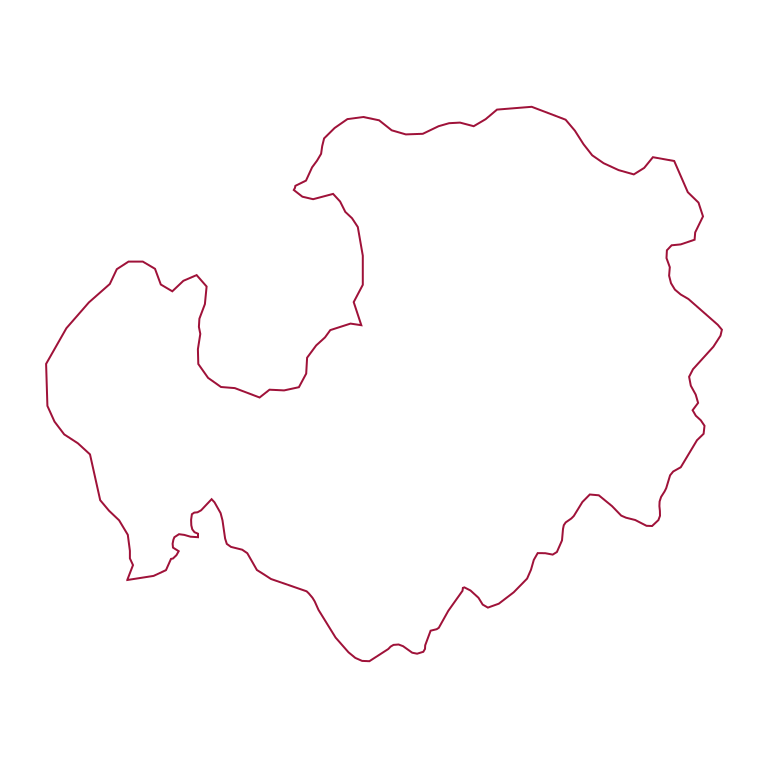 outline of Attapu
{"feature_id": "LAO-3294", "entity_name": "Attapu", "entity_type": "Province", "adm_level": 1, "iso_a3": "LAO", "parent_name": "Laos", "parent_adm1": "", "projection": "natural_earth1", "projection_center": [106.906, 14.792], "detail": "fine", "context": "isolated", "style": "outline", "palette": "rose", "viewbox_px": 768, "rotation_deg": 0, "n_neighbors": 0, "source": "natural_earth", "source_scale": "10m", "svg_char_len": 2795}
<svg xmlns="http://www.w3.org/2000/svg" viewBox="0 0 768 768"><path d="M694.6,239.7L680.7,244.4L671.6,245.3L666.9,250.3L666.5,258.1L669.8,267.2L669.1,275.7L671.0,283.2L674.9,289.6L680.7,294.5L688.4,299.0L717.8,324.8L721.9,329.7L720.5,335.7L713.4,346.7L693.0,369.2L689.1,376.8L690.8,385.7L695.7,394.6L698.1,402.9L692.6,410.2L695.8,415.7L700.8,420.3L704.5,425.8L703.6,433.8L697.0,440.2L680.8,467.2L673.2,471.5L670.1,475.3L666.2,488.2L664.6,491.4L661.1,496.9L659.6,501.5L659.4,506.1L659.9,510.9L660.0,515.8L658.4,520.1L652.1,526.0L646.5,525.8L635.2,520.0L626.0,517.7L621.2,515.6L612.0,506.1L598.8,495.3L589.8,494.5L582.4,502.0L573.8,516.0L571.3,518.5L565.7,522.4L563.8,525.2L563.0,529.0L562.0,540.4L556.9,552.0L552.7,554.6L545.2,553.2L537.7,553.1L533.8,559.9L531.0,569.7L527.1,578.6L513.7,592.3L498.8,603.7L487.9,607.6L482.7,604.6L478.5,597.8L470.5,590.5L464.4,587.4L462.9,587.9L462.5,590.8L448.3,610.8L438.8,627.8L436.7,629.2L430.6,630.7L425.2,645.3L425.0,648.9L423.3,651.8L417.1,653.7L412.2,652.7L403.1,646.2L398.6,644.5L393.5,644.9L390.6,646.6L388.3,649.0L369.4,661.2L362.1,660.9L355.3,657.9L348.5,652.3L335.6,637.6L318.5,609.9L314.7,601.4L312.5,597.8L308.7,593.3L306.6,591.3L271.0,579.0L265.0,575.1L256.9,570.0L247.3,553.2L242.2,549.7L231.0,546.9L226.8,543.9L225.1,538.5L222.5,520.4L220.6,513.1L214.5,502.3L211.6,499.2L201.1,510.3L197.5,512.3L194.3,512.6L191.9,514.2L191.1,519.8L191.3,525.3L192.3,529.4L194.5,532.2L198.0,533.7L198.0,537.2L190.5,536.7L184.3,534.9L179.0,534.2L174.4,537.2L173.4,539.7L172.6,543.8L173.0,547.6L178.7,551.2L176.5,555.1L173.0,558.5L171.0,558.9L166.0,570.1L153.6,575.9L127.3,580.0L127.3,579.9L133.0,565.1L129.9,558.4L129.9,550.8L127.8,534.8L119.1,520.3L109.0,510.7L100.2,500.2L90.0,454.4L77.9,443.3L64.2,434.4L54.5,421.6L47.4,405.9L46.1,363.9L66.4,328.2L88.9,302.4L109.8,284.0L116.8,269.2L128.5,261.6L142.8,261.6L155.0,268.8L160.8,284.5L172.3,291.3L183.4,280.8L196.6,275.1L206.6,286.5L204.9,304.1L199.4,318.7L198.9,326.9L200.3,333.9L197.9,349.2L198.3,364.0L208.1,377.9L221.0,387.0L234.8,388.1L259.6,397.5L269.5,389.7L284.1,390.4L298.9,387.2L306.2,373.6L307.1,357.7L316.2,345.4L325.0,337.4L330.3,330.1L350.5,323.6L361.3,325.2L353.7,302.1L362.8,284.8L362.8,255.7L357.8,227.0L352.0,218.2L345.3,211.9L340.1,201.5L333.1,193.9L313.1,199.2L302.4,196.7L293.8,190.0L294.9,188.0L295.4,185.8L306.0,180.6L312.1,167.3L317.0,160.7L321.1,153.8L322.2,146.1L324.1,138.4L334.6,128.0L347.4,119.1L363.3,117.0L379.1,120.3L391.7,130.3L405.8,134.4L422.8,133.8L438.6,126.2L449.1,123.2L460.0,122.6L473.7,126.2L485.6,119.2L497.0,109.6L531.7,106.8L565.6,119.7L574.9,130.7L583.5,144.2L592.2,155.3L603.6,163.2L618.6,170.1L633.8,174.4L644.2,167.9L652.9,157.2L674.2,161.0L687.8,192.2L698.5,202.6L703.0,216.4L695.2,232.4L694.6,239.5L694.6,239.7Z" fill="none" stroke="#9f1239" stroke-width="2"/></svg>